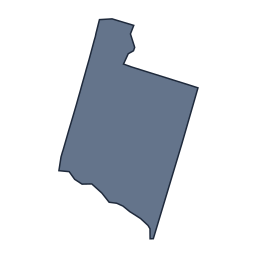 the district of Obion, Tennessee, United States of America, rotated 285°
{"feature_id": "52423323B36027695230289", "entity_name": "Obion", "entity_type": "district", "adm_level": 2, "iso_a3": "USA", "parent_name": "United States of America", "parent_adm1": "Tennessee", "projection": "mercator", "projection_center": [-89.125, 36.354], "detail": "fine", "context": "isolated", "style": "filled", "palette": "slate", "viewbox_px": 256, "rotation_deg": 285, "n_neighbors": 0, "source": "geoboundaries", "source_scale": "gbopen_adm2", "svg_char_len": 703}
<svg xmlns="http://www.w3.org/2000/svg" viewBox="0 0 256 256"><g transform="rotate(285 128 128)"><path d="M185.3,177.3L187.9,115.1L188.6,107.1L199.8,109.0L204.0,113.3L207.6,113.6L219.5,106.0L228.6,107.0L229.3,84.4L225.3,72.4L223.1,72.4L211.0,72.6L208.0,72.8L203.5,72.7L183.9,72.7L173.2,72.5L171.1,72.5L170.1,72.5L162.8,72.4L155.5,72.3L151.5,72.3L146.0,72.2L137.8,72.1L137.1,72.1L124.0,71.8L123.9,71.8L109.5,71.4L89.0,71.0L88.1,70.9L82.7,70.8L68.9,72.3L70.6,82.5L64.6,89.8L61.9,98.1L64.6,107.5L58.4,119.6L51.4,129.0L52.4,136.5L51.3,143.3L47.7,151.3L43.8,163.6L39.1,172.5L36.4,175.3L26.7,178.0L27.6,181.1L126.6,184.1L184.9,185.2L185.3,177.3Z" fill="#64748b" stroke="#1e293b" stroke-width="1.5"/></g></svg>